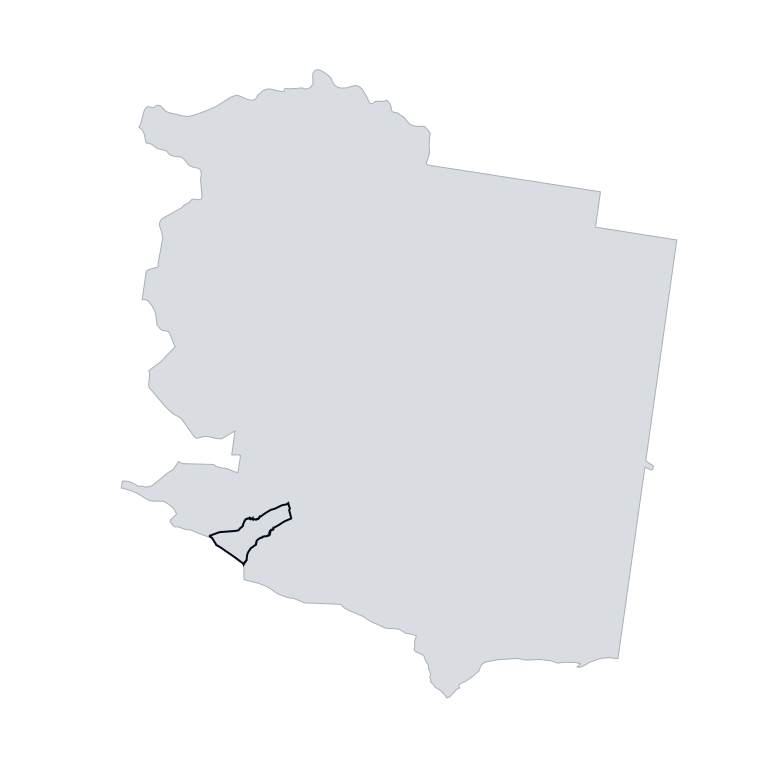 location of Ad Dinder, Sennar, Sudan, rotated 98°
{"feature_id": "16777658B21408858343438", "entity_name": "Ad Dinder", "entity_type": "district", "adm_level": 2, "iso_a3": "SDN", "parent_name": "Sudan", "parent_adm1": "Sennar", "projection": "robinson", "projection_center": [34.843, 12.697], "detail": "fine", "context": "in_parent", "style": "outline", "palette": "ink", "viewbox_px": 768, "rotation_deg": 98, "n_neighbors": 0, "source": "geoboundaries", "source_scale": "gbopen_adm2", "svg_char_len": 7311}
<svg xmlns="http://www.w3.org/2000/svg" viewBox="0 0 768 768"><g transform="rotate(98 384 384)"><path d="M523.6,629.7L516.8,629.6L516.1,627.8L516.2,622.9L517.0,619.1L519.5,613.2L518.8,609.9L519.2,605.3L517.4,600.0L501.3,584.9L498.1,580.7L489.4,576.8L490.9,572.5L487.4,541.5L489.2,537.9L489.7,532.4L489.6,527.7L491.7,519.7L492.0,516.3L474.7,516.1L474.5,519.5L475.3,523.3L475.3,524.9L451.3,525.0L460.9,537.2L461.3,542.5L460.7,549.2L460.8,553.4L461.4,556.2L463.9,561.7L463.8,562.7L463.2,564.0L446.1,580.3L443.2,587.8L441.0,591.8L436.0,598.4L420.4,615.8L417.9,616.9L406.0,617.5L404.8,618.0L403.9,618.7L403.4,618.6L393.3,608.4L376.3,596.1L365.0,602.5L361.9,604.8L361.8,610.7L360.1,613.8L357.0,617.0L348.7,619.1L344.3,620.9L339.2,624.2L334.1,629.8L333.7,632.7L334.2,635.2L305.4,635.1L303.5,633.1L299.4,623.9L296.5,624.5L270.2,623.4L266.5,624.4L259.0,628.1L255.2,628.7L251.3,627.0L237.6,608.9L234.6,606.8L231.5,602.4L228.6,600.5L227.6,599.2L227.3,597.2L227.4,593.3L226.5,590.8L224.3,590.2L205.7,594.4L203.1,593.9L199.2,594.7L197.8,595.4L196.2,597.8L195.9,602.8L195.4,605.2L194.0,608.0L188.6,614.1L187.5,616.8L187.7,623.5L187.3,627.0L186.5,628.5L184.2,631.1L183.3,632.6L182.4,641.3L179.4,646.5L178.7,648.4L178.6,652.1L178.1,653.3L169.7,656.3L166.5,658.2L164.6,661.1L164.1,662.4L160.5,661.3L156.0,660.6L147.2,659.6L143.7,658.3L142.1,656.2L142.6,651.0L141.8,649.9L140.4,648.9L139.4,646.7L139.6,643.9L144.3,637.9L145.3,634.6L146.6,619.4L146.3,614.8L142.7,606.3L134.4,591.6L132.4,588.7L122.0,576.6L120.8,574.8L118.3,569.7L121.2,558.5L121.5,555.4L120.8,552.2L118.1,549.8L115.8,549.5L112.7,546.5L110.7,545.2L108.9,542.5L107.7,538.8L108.7,525.7L108.2,523.9L105.5,523.4L104.9,522.5L105.0,519.9L103.6,512.4L102.1,506.2L103.0,502.8L100.8,498.1L96.6,496.1L88.1,497.6L85.5,497.4L83.7,496.5L82.5,494.8L81.9,492.7L82.5,489.7L85.0,484.1L88.0,479.5L94.1,475.3L95.7,473.0L96.7,470.6L96.9,467.7L96.5,464.7L95.9,462.0L94.1,458.4L92.5,454.1L92.5,451.2L93.3,449.1L95.0,446.7L101.0,441.8L107.2,437.7L108.3,436.3L107.9,434.6L105.1,431.3L104.3,424.8L102.8,420.3L105.9,416.9L108.3,415.7L111.9,414.7L113.3,413.3L113.7,410.5L113.7,408.0L115.0,406.0L116.8,401.9L118.2,400.0L122.9,395.2L124.0,392.1L124.4,389.0L123.3,379.9L126.0,376.1L129.5,373.0L134.5,373.2L142.2,372.5L147.5,371.2L151.2,371.2L159.7,372.9L160.6,372.2L161.1,369.8L163.6,196.4L198.8,196.4L199.3,196.1L200.6,114.1L422.1,114.1L423.9,113.8L427.4,106.2L428.9,105.6L431.2,106.1L432.0,107.8L430.1,114.1L623.4,114.1L623.8,123.4L625.4,130.9L630.9,141.7L635.6,147.4L637.3,150.6L637.5,152.1L637.3,153.4L635.8,151.9L633.5,150.8L633.1,155.8L634.3,166.1L636.3,173.3L634.9,179.9L635.1,191.2L637.7,204.8L637.2,213.4L641.3,233.5L645.2,244.7L647.4,247.5L649.8,248.9L654.5,249.9L661.4,255.6L666.9,261.6L668.8,264.7L671.5,268.2L673.3,267.6L674.4,266.7L676.2,269.4L684.8,275.5L686.1,278.2L683.0,281.0L679.5,285.7L677.7,290.1L676.8,291.5L673.9,294.2L673.5,295.5L672.2,296.4L670.9,296.4L667.9,297.9L665.3,297.5L662.6,298.3L661.6,299.3L659.5,300.2L656.6,300.7L652.1,304.4L648.2,306.3L646.9,307.7L644.8,315.1L643.3,317.1L637.5,317.2L634.7,317.9L630.8,317.1L628.9,317.2L628.4,318.7L627.8,325.1L627.9,327.8L624.6,335.0L625.6,348.5L622.5,358.7L622.0,361.0L618.9,369.0L617.2,372.0L613.2,387.0L611.6,391.6L608.2,396.4L611.8,432.4L608.9,443.5L609.0,449.5L607.0,458.4L605.4,462.5L602.8,467.4L600.6,473.0L598.8,480.3L597.5,494.1L596.9,495.4L586.5,497.1L583.3,498.1L581.1,499.6L578.4,503.1L573.2,512.9L570.4,518.8L566.0,527.0L561.0,532.8L559.9,535.6L559.1,540.8L557.2,549.1L555.5,555.0L555.8,559.7L554.2,567.9L554.5,571.9L552.7,574.2L550.3,576.3L548.7,576.8L541.5,571.3L536.4,575.1L533.2,580.4L530.8,585.8L532.2,597.2L532.0,599.7L531.3,602.4L526.5,613.5L525.1,618.6L523.6,627.5L523.6,629.7Z" fill="#d9dde1" stroke="#a8b0b8" stroke-width="1"/><path d="M536.7,466.8L535.7,465.6L535.4,465.2L534.4,464.1L532.0,460.4L531.3,459.2L530.7,458.1L530.3,457.4L530.1,457.3L529.8,457.2L523.9,459.6L522.1,460.4L520.2,459.9L517.8,461.3L516.1,461.9L515.2,462.2L516.7,463.7L518.4,468.4L521.5,473.0L522.3,474.1L523.4,476.2L524.1,478.1L524.4,478.6L528.1,483.2L531.4,486.7L532.1,487.3L532.5,487.8L532.4,488.2L532.3,488.4L532.8,488.8L533.1,488.7L533.5,489.0L533.8,489.0L534.2,489.0L534.4,489.2L534.5,489.4L534.7,489.7L534.9,489.7L535.1,489.7L535.3,489.9L535.3,490.3L535.4,490.7L535.3,491.0L535.4,491.3L535.6,491.4L535.8,491.5L536.0,491.6L536.2,491.8L536.1,492.1L536.0,492.5L536.0,492.8L536.0,493.2L535.9,493.7L536.0,493.9L536.2,494.2L536.5,494.4L536.7,494.6L536.5,495.0L536.2,495.3L535.7,495.3L535.2,495.4L535.5,495.6L535.7,495.8L535.7,496.0L535.6,496.3L535.6,496.6L535.8,496.8L536.0,497.1L536.3,497.2L536.5,497.2L536.6,497.4L536.5,497.8L536.4,497.9L536.1,497.9L535.8,497.9L535.5,497.9L535.2,498.0L535.0,498.5L535.5,498.8L535.8,499.0L536.1,499.3L536.2,499.6L536.2,499.8L536.1,500.1L536.1,500.3L536.4,500.5L536.6,500.7L536.6,501.0L537.0,501.6L537.1,502.1L537.7,502.3L537.9,502.4L538.3,502.7L538.7,503.0L539.3,502.9L539.9,503.3L540.4,503.4L541.4,503.7L542.3,503.8L543.1,504.1L543.6,504.0L544.0,503.9L544.5,504.2L545.1,504.8L545.7,505.0L546.3,506.0L548.3,507.2L549.2,507.9L549.5,508.9L549.9,509.9L550.2,510.9L550.6,512.6L550.7,512.9L551.2,515.2L551.3,515.8L551.4,516.2L551.4,516.8L551.7,517.6L551.9,518.3L552.0,518.9L552.2,520.0L552.3,520.2L552.6,521.8L552.9,522.9L553.0,523.6L553.1,524.4L554.0,527.1L554.6,528.2L555.6,530.0L555.9,530.6L557.0,532.6L558.2,534.8L558.5,535.4L558.7,535.8L558.8,535.9L558.8,536.0L559.0,535.6L560.4,532.8L563.0,530.7L566.3,528.0L566.6,527.9L566.9,527.5L567.7,525.3L567.8,525.2L568.0,524.6L568.4,523.7L569.0,522.3L569.4,521.5L571.4,517.7L572.5,515.3L573.4,513.6L573.4,513.4L577.1,506.3L578.8,503.2L579.3,502.4L579.4,502.2L580.3,500.4L580.6,499.8L580.8,499.5L581.0,499.1L581.7,498.3L581.9,498.1L582.2,497.9L581.7,497.8L581.6,497.7L581.4,497.5L581.4,497.4L581.2,497.3L580.9,497.3L580.7,497.4L580.4,497.4L580.2,497.0L580.0,496.8L579.7,496.6L579.3,496.8L579.0,496.5L578.8,496.2L578.2,496.1L577.8,495.9L577.5,495.5L575.2,495.7L573.0,495.7L571.8,495.7L569.9,495.2L569.2,495.0L566.8,493.8L565.3,493.2L565.0,492.8L564.8,492.6L564.7,492.5L564.1,491.9L563.4,491.1L562.6,490.3L561.9,489.6L561.7,489.3L561.1,488.6L560.9,488.3L560.7,488.3L560.4,488.4L560.2,488.4L560.0,488.5L559.9,488.6L559.7,488.6L559.4,488.4L559.1,488.3L558.9,488.2L558.8,488.3L558.3,488.5L558.1,488.5L557.6,488.4L557.2,488.3L555.9,487.5L554.4,486.0L554.0,485.5L553.9,485.2L553.7,484.9L553.5,484.5L553.3,484.3L553.3,484.2L553.2,484.2L553.0,483.3L552.8,483.1L552.5,483.1L552.1,482.9L551.9,482.4L551.9,481.9L551.5,481.2L551.4,480.7L551.2,480.2L551.2,479.4L551.1,479.0L550.8,478.7L550.5,478.4L550.3,478.0L550.4,477.6L550.2,477.1L549.8,476.9L549.6,477.1L549.4,476.8L549.2,476.4L549.1,476.1L548.9,476.1L548.6,476.1L548.3,476.2L548.1,476.5L547.9,476.7L547.7,476.6L547.6,476.3L547.5,476.1L547.4,476.1L547.2,476.0L547.0,476.6L547.0,476.9L546.9,476.9L546.7,476.7L546.6,476.4L546.6,476.2L546.4,476.1L546.2,476.0L545.9,476.1L545.8,476.3L545.7,476.3L545.3,476.4L545.2,476.2L544.9,476.0L544.7,475.9L544.7,475.7L544.4,475.7L544.1,475.6L544.0,475.3L544.1,475.0L544.1,474.7L543.9,474.6L543.9,474.4L544.0,474.2L544.0,473.9L543.9,473.9L543.7,473.9L543.5,474.0L543.4,474.0L543.2,474.0L543.1,473.9L543.0,473.6L542.9,473.3L542.6,473.3L542.2,473.5L542.0,473.4L541.6,473.4L541.6,473.1L541.3,472.5L537.9,468.1L536.7,466.8Z" fill="none" stroke="#020617" stroke-width="2"/></g></svg>